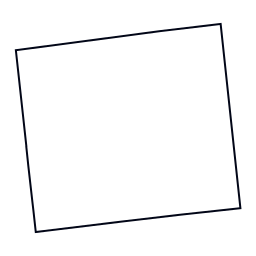 DeKalb, Indiana, United States of America, rotated 174°
{"feature_id": "52423323B7448583002451", "entity_name": "DeKalb", "entity_type": "district", "adm_level": 2, "iso_a3": "USA", "parent_name": "United States of America", "parent_adm1": "Indiana", "projection": "albers", "projection_center": [-84.887, 41.397], "detail": "fine", "context": "isolated", "style": "outline", "palette": "ink", "viewbox_px": 256, "rotation_deg": 174, "n_neighbors": 0, "source": "geoboundaries", "source_scale": "gbopen_adm2", "svg_char_len": 358}
<svg xmlns="http://www.w3.org/2000/svg" viewBox="0 0 256 256"><g transform="rotate(174 128 128)"><path d="M230.6,34.2L144.0,35.6L84.5,36.3L24.6,36.5L25.0,221.8L85.7,221.0L231.4,217.1L231.1,148.8L231.0,120.3L231.1,120.2L231.1,117.9L231.1,107.7L231.1,101.0L230.8,63.8L230.7,55.2L230.6,34.2L230.6,34.2Z" fill="none" stroke="#020617" stroke-width="2"/></g></svg>